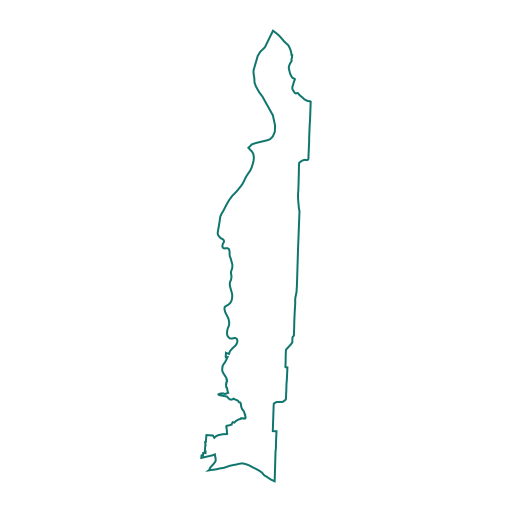 Marasu, Braila, Romania (Equal Earth projection)
{"feature_id": "2599482B39653886618444", "entity_name": "Marasu", "entity_type": "district", "adm_level": 2, "iso_a3": "ROU", "parent_name": "Romania", "parent_adm1": "Braila", "projection": "equal_earth", "projection_center": [27.963, 45.023], "detail": "fine", "context": "isolated", "style": "outline", "palette": "teal", "viewbox_px": 512, "rotation_deg": 0, "n_neighbors": 0, "source": "geoboundaries", "source_scale": "gbopen_adm2", "svg_char_len": 5883}
<svg xmlns="http://www.w3.org/2000/svg" viewBox="0 0 512 512"><path d="M208.6,470.4L211.7,469.9L213.5,469.7L216.4,469.3L219.5,468.5L224.0,467.8L228.3,466.3L229.8,465.8L234.3,464.8L235.2,464.8L238.7,463.9L240.5,463.6L241.5,463.4L243.2,463.5L246.0,464.2L249.4,465.5L253.4,467.7L255.4,468.6L258.9,470.5L260.6,471.6L261.6,472.4L262.4,473.1L263.1,474.0L263.7,474.8L265.0,475.8L266.5,476.6L270.8,479.5L274.6,481.3L274.8,477.0L275.5,451.9L275.9,448.2L276.0,442.2L276.5,431.3L272.8,431.1L273.6,407.0L273.7,405.2L273.8,403.7L274.0,403.4L276.2,402.2L276.6,402.0L282.6,401.9L283.0,401.7L285.1,400.2L285.9,399.2L286.3,390.3L286.5,383.5L286.8,380.4L287.1,374.4L287.4,367.6L287.4,367.4L285.7,367.3L285.5,367.2L285.4,367.0L285.7,359.8L285.6,358.7L285.9,350.5L285.9,349.8L286.3,349.4L291.2,344.0L292.1,342.6L292.3,342.3L292.3,341.8L292.5,337.3L292.7,337.0L293.9,335.6L294.2,326.5L294.2,324.9L294.3,320.8L294.7,312.1L295.2,303.7L295.2,298.9L295.5,296.9L296.5,292.1L296.7,290.7L296.6,289.6L296.8,287.7L296.9,285.9L298.0,250.0L299.5,211.0L299.4,210.5L299.0,209.1L298.9,207.9L298.3,201.9L298.0,197.0L298.1,192.9L298.3,190.7L298.5,184.8L298.8,174.8L298.9,169.0L299.0,164.6L299.2,163.1L299.2,162.9L300.2,162.0L301.0,161.4L302.5,160.5L304.3,159.9L305.0,159.9L306.5,160.1L307.5,159.9L308.0,159.7L308.2,159.4L308.4,158.8L308.6,153.6L309.2,140.1L309.1,138.9L309.8,122.5L310.0,121.3L310.7,101.6L310.2,101.3L308.3,101.1L307.6,100.9L306.3,100.4L305.0,99.7L303.8,98.8L302.6,97.6L300.2,95.7L299.4,94.9L298.0,93.2L297.8,93.1L297.5,93.0L296.1,93.4L295.6,93.4L295.2,93.2L294.6,92.6L293.9,91.6L292.6,89.5L292.4,88.8L292.3,87.8L292.4,86.9L292.7,85.8L293.2,84.7L293.4,83.5L293.8,82.0L294.8,79.7L294.9,79.2L294.6,78.8L293.2,78.2L292.4,77.7L291.8,77.0L291.5,76.4L290.1,73.6L290.0,73.2L289.2,70.0L288.8,68.1L288.9,66.6L289.2,65.6L289.9,63.9L291.6,60.9L291.7,60.6L291.6,60.3L291.5,59.9L291.4,59.5L292.0,57.6L292.1,57.1L292.0,56.2L292.2,55.1L291.5,54.9L291.2,52.5L290.8,50.9L289.8,48.2L288.4,45.4L284.2,41.5L280.7,37.4L279.1,35.6L276.4,33.3L273.0,30.7L264.9,47.3L260.3,51.7L257.7,56.0L253.5,70.5L253.6,73.7L254.3,78.1L254.5,82.4L255.8,86.2L259.2,92.3L262.4,96.5L272.9,115.4L275.1,125.7L274.8,131.8L272.8,136.5L270.3,139.0L267.9,140.1L255.9,143.0L251.8,144.4L250.1,146.2L248.4,147.8L251.7,151.3L252.6,152.5L253.2,153.7L253.7,156.0L253.8,157.9L253.7,159.5L253.5,161.1L252.9,163.4L251.7,167.4L251.4,168.0L250.9,169.0L250.5,170.1L248.8,172.6L246.4,176.2L244.9,179.1L243.7,181.7L242.3,184.2L240.4,186.8L236.6,191.4L234.5,193.6L232.2,195.9L229.1,200.2L226.5,204.6L223.2,211.1L221.5,213.8L221.0,215.1L220.5,216.0L220.3,216.6L219.9,219.2L219.5,222.1L217.8,232.0L217.7,233.3L217.8,234.0L218.0,234.6L218.3,235.4L218.6,235.8L220.0,237.5L220.8,238.2L221.4,238.6L222.4,239.0L223.1,239.5L223.6,240.0L223.8,240.5L224.0,241.5L223.9,242.1L223.7,242.5L222.9,243.7L222.8,244.0L222.5,245.2L222.4,246.1L222.5,246.9L222.6,247.1L223.1,247.8L223.3,248.1L224.3,248.4L225.1,248.4L225.8,248.2L226.6,248.2L227.4,248.2L228.8,249.0L229.0,249.3L229.6,251.6L229.6,254.5L229.8,256.3L230.6,258.2L231.1,259.9L231.5,261.5L231.9,262.7L232.4,264.9L232.4,265.6L232.2,268.2L232.0,268.9L231.7,269.6L231.2,271.2L231.1,271.6L231.0,272.2L230.9,272.8L231.0,273.4L231.1,274.2L231.3,274.9L231.3,275.6L231.5,276.1L231.4,277.6L231.2,278.9L231.0,279.7L230.8,280.4L230.6,280.7L230.2,281.5L230.0,282.5L229.8,283.7L229.8,285.0L230.0,286.0L230.2,287.1L232.1,293.9L232.2,294.7L232.2,296.6L232.0,298.7L231.6,300.3L231.2,301.4L230.1,303.1L229.9,303.4L229.0,304.1L227.7,305.1L224.9,306.7L224.8,306.8L224.5,308.2L224.5,309.1L224.6,309.8L225.1,311.7L226.0,313.8L228.0,317.6L228.5,318.9L228.9,320.5L229.1,322.1L229.2,322.8L229.1,324.7L228.8,325.8L228.5,326.8L227.9,327.9L227.8,328.4L227.2,330.7L227.1,332.0L227.0,332.9L227.1,334.5L227.4,335.4L227.8,336.4L228.7,337.4L229.5,338.1L230.1,338.4L231.9,338.6L232.5,338.5L233.1,338.3L234.3,338.0L234.8,338.0L235.4,338.1L236.1,338.4L236.8,339.0L237.0,339.4L237.3,340.1L237.4,340.9L237.3,341.9L237.0,342.9L236.4,344.2L235.7,345.3L234.2,346.7L232.4,348.4L230.5,350.5L230.0,351.3L229.7,351.9L229.2,353.4L229.0,353.9L226.8,353.2L226.0,352.8L225.7,356.8L225.8,357.3L227.5,357.1L226.7,359.0L226.0,360.4L225.2,361.9L223.3,364.7L222.6,366.1L222.5,366.8L222.3,368.1L222.2,370.1L222.3,370.7L222.5,371.5L223.0,372.6L223.4,373.3L224.4,374.9L225.1,375.8L225.1,376.1L226.0,377.4L226.5,378.4L226.7,379.2L226.8,379.4L226.6,379.5L226.8,379.9L226.9,380.1L226.9,381.4L226.9,381.5L227.0,381.6L226.8,381.8L226.5,381.9L226.4,382.1L226.3,382.6L226.4,383.6L226.1,383.8L226.0,384.3L226.1,384.7L226.2,385.6L226.1,385.8L226.3,387.4L226.7,387.5L226.9,387.7L227.2,388.8L227.4,390.5L228.2,392.8L225.0,394.0L223.2,393.4L222.8,393.5L222.2,393.4L221.6,393.4L220.8,393.5L218.5,394.2L218.5,394.5L219.3,394.8L219.3,395.1L227.1,396.6L227.6,397.3L228.7,398.5L229.6,399.2L230.2,399.5L231.6,399.6L232.4,399.4L232.8,399.2L233.5,398.6L234.3,399.1L237.8,400.6L239.1,402.3L240.2,402.5L240.6,403.0L240.9,404.3L241.2,406.6L242.1,409.2L243.7,411.1L244.2,412.2L244.9,414.8L245.2,414.8L245.3,416.1L245.4,417.0L245.6,417.3L245.4,418.1L245.3,418.4L245.1,418.5L244.4,418.6L244.4,418.4L241.3,418.2L241.3,418.7L238.5,419.5L236.1,420.9L235.1,421.7L234.5,422.5L234.4,422.6L233.6,422.4L232.7,422.2L231.6,424.3L231.6,424.6L228.9,425.4L227.0,425.7L226.7,425.8L226.5,426.0L226.3,426.6L226.5,426.7L226.6,428.6L226.9,430.8L226.9,432.1L226.9,432.6L227.2,433.7L227.0,433.8L226.9,434.1L223.0,434.2L221.9,434.4L219.0,435.0L217.9,435.3L216.0,436.3L214.3,437.8L213.7,436.8L213.2,435.9L212.9,435.5L212.1,435.5L211.5,435.3L210.1,435.4L209.8,435.3L206.4,435.1L205.8,442.0L205.1,442.1L205.6,445.1L205.3,445.2L204.8,451.5L205.6,451.5L205.5,453.1L203.2,453.0L203.0,455.3L201.6,455.3L201.3,457.9L212.6,455.3L213.3,455.0L214.9,454.4L215.0,455.9L215.5,457.6L215.7,459.9L215.6,460.9L215.1,461.9L213.6,463.9L211.6,466.1L210.6,467.1L210.2,467.7L209.3,469.8L208.6,470.4Z" fill="none" stroke="#0f766e" stroke-width="2"/></svg>